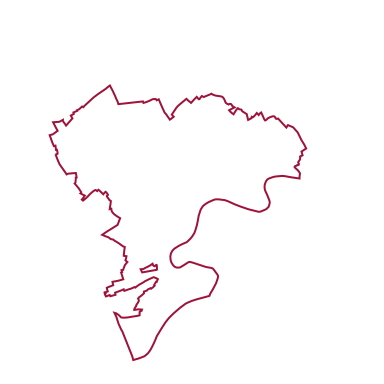 Tien Lu, Thái Bình, Vietnam (orthographic projection), rotated 336°
{"feature_id": "81297802B93646092032264", "entity_name": "Tien Lu", "entity_type": "district", "adm_level": 2, "iso_a3": "VNM", "parent_name": "Vietnam", "parent_adm1": "Thái Bình", "projection": "orthographic", "projection_center": [106.119, 20.668], "detail": "fine", "context": "isolated", "style": "outline", "palette": "rose", "viewbox_px": 384, "rotation_deg": 336, "n_neighbors": 0, "source": "geoboundaries", "source_scale": "gbopen_adm2", "svg_char_len": 5957}
<svg xmlns="http://www.w3.org/2000/svg" viewBox="0 0 384 384"><g transform="rotate(336 192 192)"><path d="M122.5,70.5L120.2,70.5L120.1,71.2L116.0,71.1L115.8,72.6L112.4,72.9L112.7,76.1L104.0,80.1L103.5,77.2L103.0,75.4L103.0,74.4L103.4,73.6L99.4,73.9L93.5,71.8L93.8,77.4L94.1,81.5L92.0,81.9L89.3,82.5L88.2,82.7L85.1,82.2L84.5,90.3L84.5,93.9L86.1,94.1L85.6,95.8L84.9,98.2L85.8,98.5L85.3,101.0L84.7,102.4L83.3,102.3L82.9,103.0L82.6,103.0L82.3,108.8L82.3,112.9L84.2,122.4L84.6,124.9L85.5,124.8L87.0,125.1L93.6,127.4L93.2,129.2L92.5,131.8L91.7,131.6L90.9,133.3L89.5,135.7L89.3,136.0L88.8,136.4L88.3,136.5L90.0,142.6L90.7,146.9L90.7,147.2L89.5,147.9L92.6,151.7L89.8,153.4L88.3,154.1L88.9,155.5L90.0,155.3L92.8,154.5L95.2,153.6L97.0,152.8L99.2,152.0L101.2,151.4L102.7,151.0L104.0,150.9L104.5,150.9L104.9,151.1L105.7,152.6L107.4,151.9L108.2,153.4L110.0,158.0L112.2,156.9L113.2,156.7L113.6,157.8L113.9,158.9L114.1,160.4L114.0,160.5L112.6,160.9L112.5,161.0L112.5,161.5L112.6,162.3L113.0,164.1L113.2,165.4L113.3,165.8L113.7,166.4L114.2,167.2L113.0,169.3L109.9,174.1L110.9,174.2L111.5,174.4L111.0,176.0L110.9,177.1L111.1,178.4L111.4,179.4L112.0,180.9L112.8,182.3L113.8,184.0L115.7,186.7L110.6,191.8L97.8,193.6L92.5,194.6L94.8,197.1L97.0,199.2L97.7,200.1L98.4,201.6L98.8,202.1L100.8,203.5L101.2,204.6L103.8,208.3L107.0,213.7L108.2,214.9L105.1,220.0L103.7,222.5L106.0,224.0L104.8,225.7L103.4,227.3L104.5,229.7L102.0,230.9L100.7,231.7L99.5,232.9L97.6,234.9L97.5,235.1L95.8,234.7L95.6,236.8L94.5,236.8L93.7,243.8L90.6,243.4L88.2,243.0L82.8,241.7L82.1,245.1L75.7,244.8L75.1,244.9L74.6,248.6L73.5,248.5L71.3,248.1L71.2,248.2L71.7,249.6L70.8,249.8L70.9,252.4L71.9,252.5L74.9,252.6L75.0,254.0L80.3,254.8L80.8,252.7L86.9,253.1L90.0,253.1L89.9,253.7L90.0,254.8L95.2,255.2L96.1,255.4L97.6,255.5L100.9,255.5L101.4,256.3L102.7,255.9L106.0,255.2L111.4,254.7L112.5,254.4L116.8,254.2L122.3,254.2L124.7,256.7L125.4,257.7L123.1,259.8L122.7,259.4L122.5,259.5L119.5,261.6L119.5,262.0L119.7,262.4L119.4,262.6L117.6,263.2L115.3,263.7L115.0,263.0L111.9,263.1L110.6,263.7L107.6,263.4L106.9,265.0L106.2,265.3L103.4,266.1L101.2,266.6L100.4,266.8L100.2,267.0L99.3,267.5L99.5,268.1L99.5,268.6L99.3,269.5L98.9,270.1L97.3,271.3L95.6,272.3L95.0,272.8L94.5,273.6L94.0,273.8L91.7,275.4L91.6,275.6L91.3,276.3L94.4,277.1L96.0,277.7L98.5,279.1L97.7,279.9L97.5,280.1L95.7,280.1L95.3,280.3L94.1,283.1L94.0,283.3L93.5,283.3L90.7,282.7L87.9,281.9L82.1,280.4L79.1,279.3L77.1,278.3L76.3,277.8L75.9,277.0L75.5,275.7L74.6,273.8L73.3,271.9L72.0,270.8L72.1,275.3L71.3,282.6L71.4,289.3L71.6,290.6L71.6,292.3L71.0,307.0L70.6,317.6L70.0,321.6L75.8,322.4L81.8,322.7L85.8,321.6L87.5,320.7L89.7,319.4L93.2,316.7L97.8,312.7L101.2,309.4L109.2,303.9L114.7,300.3L119.7,297.7L125.8,295.4L134.1,292.9L140.8,291.4L143.3,291.3L147.3,291.4L152.2,291.9L165.7,294.0L167.3,292.3L171.2,289.6L176.9,285.1L180.6,281.1L181.5,279.7L181.7,278.6L181.6,277.6L180.2,271.3L179.9,270.5L179.4,269.8L178.6,269.1L174.4,266.3L171.5,263.7L164.6,257.4L161.8,255.1L161.0,254.8L160.0,254.7L154.2,255.6L150.9,256.0L149.5,255.8L148.3,255.3L146.9,254.5L145.9,253.4L145.4,252.5L144.9,250.9L144.5,247.9L144.8,245.6L145.9,242.3L147.2,240.3L148.4,239.0L149.9,237.9L151.7,237.0L153.4,236.5L158.2,235.8L162.3,235.6L166.5,235.7L168.1,235.3L171.7,233.9L174.1,232.7L177.4,230.5L179.4,228.5L182.9,224.4L185.3,221.1L188.4,216.5L191.4,213.1L192.8,211.6L195.0,210.1L196.0,209.5L197.0,209.1L200.2,208.3L203.4,208.0L207.3,208.0L209.5,208.1L210.4,208.3L211.8,208.8L213.6,209.7L216.4,211.4L218.7,212.8L220.6,214.6L222.2,216.3L226.0,220.6L230.7,225.3L236.2,230.4L237.5,231.5L241.9,234.9L242.2,235.2L244.6,237.0L245.6,237.5L246.9,237.8L252.5,237.9L253.6,237.6L255.7,236.8L256.2,236.5L257.9,234.5L258.9,232.9L259.2,231.4L259.3,230.0L259.5,224.8L259.4,221.2L259.6,219.2L260.1,217.5L261.0,215.6L261.7,214.6L263.3,212.9L264.1,212.2L265.7,211.3L267.0,211.0L268.3,211.0L271.2,211.2L273.3,211.5L274.9,211.9L281.0,214.0L282.0,214.5L283.6,215.5L288.3,218.7L295.7,223.4L296.4,221.9L298.2,218.9L298.2,218.4L298.0,217.0L297.5,215.2L295.8,211.2L296.1,210.6L296.5,210.4L297.3,210.3L297.9,210.5L298.4,210.5L299.2,210.1L299.5,210.1L300.3,210.6L300.5,210.6L300.7,210.4L301.1,209.8L301.1,208.1L301.2,207.9L301.7,207.5L303.2,206.7L304.0,206.0L304.3,205.6L305.2,203.5L307.9,203.5L308.5,199.6L314.0,198.7L313.8,194.2L313.1,189.2L312.8,180.6L310.7,174.0L306.9,169.9L304.4,171.5L300.5,159.9L299.7,159.8L298.8,159.5L298.5,159.1L298.2,156.9L297.7,156.2L297.2,155.9L295.3,155.5L294.0,155.4L291.5,155.5L289.0,156.4L287.9,156.4L287.6,155.3L287.6,149.4L287.5,147.5L285.9,147.9L284.2,148.8L283.3,146.2L280.7,147.6L278.6,148.4L277.9,148.5L277.2,147.6L276.1,148.8L272.6,149.0L273.2,145.6L273.7,143.1L271.0,139.1L270.7,138.5L270.7,137.3L270.6,136.8L269.0,135.8L268.8,135.5L268.0,134.1L267.1,134.4L264.9,135.6L263.7,136.4L261.6,137.9L260.4,135.9L259.5,133.7L259.1,132.4L263.0,132.1L265.3,132.1L264.6,131.0L263.8,129.9L263.7,128.7L263.6,127.9L263.1,127.2L262.4,126.9L261.8,126.8L261.1,127.0L259.8,125.5L259.2,124.4L259.1,123.6L259.2,120.5L258.9,118.6L258.4,117.4L257.4,116.5L256.8,116.1L252.7,113.5L250.6,111.5L249.7,110.1L248.7,110.2L242.2,110.0L241.4,110.1L240.0,108.3L236.9,110.0L236.4,110.2L236.0,110.1L235.9,110.0L235.0,107.0L231.0,108.6L227.4,110.2L225.8,107.1L224.8,104.6L216.0,107.1L213.7,107.9L211.8,108.8L205.0,113.1L205.9,115.8L202.5,116.7L201.2,116.9L199.9,110.0L199.3,108.4L199.2,103.1L199.3,93.8L197.0,93.8L196.9,92.7L196.4,92.2L195.7,91.9L193.8,91.2L189.9,91.4L186.5,91.2L183.9,90.9L183.9,89.9L184.0,89.3L160.5,81.8L160.8,79.2L160.7,75.4L160.8,73.4L160.7,67.3L160.3,61.3L156.9,62.1L155.0,62.7L146.1,64.3L140.5,65.6L129.0,69.5L127.2,70.3L126.4,69.2L122.5,70.5ZM126.8,241.5L126.7,243.2L126.8,243.6L127.4,244.4L127.6,244.6L128.0,244.6L128.6,244.5L129.6,244.0L129.8,244.1L130.0,244.2L129.8,245.2L128.9,247.6L128.3,248.7L127.5,248.6L113.8,245.2L113.7,241.7L116.0,242.5L116.5,242.5L117.2,242.5L118.5,242.3L120.4,242.3L123.6,242.1L126.8,241.5Z" fill="none" stroke="#9f1239" stroke-width="2"/></g></svg>